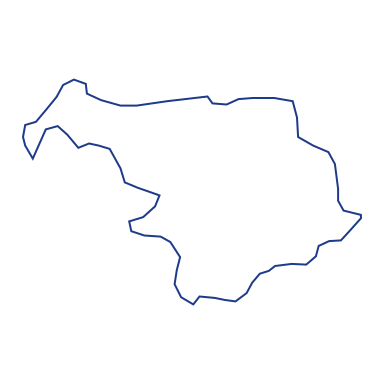 Seocheon-gun, South Chungcheong, South Korea
{"feature_id": "91817680B6691327376510", "entity_name": "Seocheon-gun", "entity_type": "district", "adm_level": 2, "iso_a3": "KOR", "parent_name": "South Korea", "parent_adm1": "South Chungcheong", "projection": "mercator", "projection_center": [126.683, 36.089], "detail": "fine", "context": "isolated", "style": "outline", "palette": "blue", "viewbox_px": 384, "rotation_deg": 0, "n_neighbors": 0, "source": "geoboundaries", "source_scale": "gbopen_adm2", "svg_char_len": 964}
<svg xmlns="http://www.w3.org/2000/svg" viewBox="0 0 384 384"><path d="M207.5,96.5L167.1,101.2L136.7,105.6L120.5,105.6L101.0,100.1L86.9,93.6L85.8,83.9L73.9,79.6L63.1,85.0L56.6,96.9L46.9,108.8L36.0,121.8L25.2,125.0L23.0,137.0L25.2,145.6L32.8,158.6L45.8,129.4L57.7,126.1L67.4,134.8L78.3,147.8L89.1,143.5L98.8,145.6L109.7,148.9L120.5,168.4L124.8,182.4L137.8,187.8L159.5,195.4L155.1,206.3L143.2,217.1L129.2,221.4L131.3,231.2L144.3,235.5L160.6,236.6L170.3,242.0L180.1,257.1L176.8,270.1L174.6,284.2L181.1,297.2L193.3,304.4L199.5,296.5L214.7,297.9L225.1,300.0L235.5,301.4L246.6,293.1L252.2,282.7L259.8,273.7L268.8,270.9L275.0,266.0L291.7,263.9L306.2,264.6L315.9,256.3L318.7,245.9L329.1,241.1L340.9,240.4L349.2,231.4L361.0,218.2L360.9,214.9L343.6,210.6L338.1,200.8L338.1,188.9L334.9,164.0L328.4,152.1L313.2,145.6L298.1,137.0L297.0,117.5L292.7,101.2L274.3,98.0L252.6,98.0L238.5,99.1L226.6,104.5L212.5,103.4L207.5,96.5Z" fill="none" stroke="#1e3a8a" stroke-width="2"/></svg>